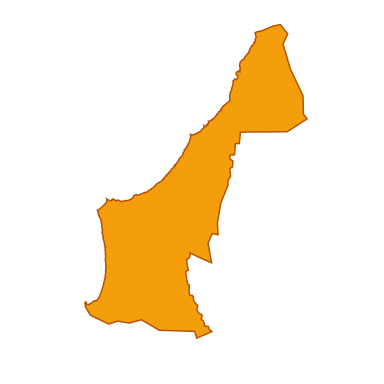 Carmelo, Colonia, Uruguay (orthographic projection), rotated 77°
{"feature_id": "84410073B48030888344446", "entity_name": "Carmelo", "entity_type": "district", "adm_level": 2, "iso_a3": "URY", "parent_name": "Uruguay", "parent_adm1": "Colonia", "projection": "orthographic", "projection_center": [-58.246, -34.041], "detail": "fine", "context": "isolated", "style": "filled", "palette": "amber", "viewbox_px": 384, "rotation_deg": 77, "n_neighbors": 0, "source": "geoboundaries", "source_scale": "gbopen_adm2", "svg_char_len": 5950}
<svg xmlns="http://www.w3.org/2000/svg" viewBox="0 0 384 384"><g transform="rotate(77 192 192)"><path d="M48.7,68.3L48.7,69.7L48.6,75.9L49.8,82.5L50.1,85.1L50.7,87.2L50.5,92.7L51.0,94.7L55.8,94.7L56.4,95.3L57.4,96.0L59.2,96.4L59.5,96.8L59.9,97.0L60.4,97.5L60.2,97.8L60.3,98.0L60.8,98.4L61.7,98.7L62.3,99.2L62.5,99.9L63.0,100.5L63.0,101.1L64.6,102.2L65.0,102.8L65.8,103.2L66.6,103.9L66.8,103.8L67.2,104.1L67.5,104.2L67.6,104.6L67.9,104.6L68.0,104.9L69.2,105.6L69.3,106.2L69.8,106.5L70.1,107.4L71.4,108.7L71.5,109.0L71.7,109.4L73.6,111.1L73.7,111.5L74.4,112.2L74.6,113.0L74.5,113.4L76.2,115.6L76.6,116.0L78.8,117.0L79.9,117.2L80.4,117.3L80.9,117.1L81.8,117.4L82.6,117.2L83.0,117.3L83.2,117.8L83.3,117.9L84.3,117.7L85.2,118.3L85.9,118.4L85.8,118.7L85.3,118.9L84.6,119.5L84.7,119.8L85.1,120.3L85.0,120.6L85.3,121.0L85.3,121.7L85.8,121.8L86.0,122.2L86.5,122.2L87.5,122.5L88.3,122.0L88.5,121.3L88.7,121.2L90.3,121.4L91.0,121.7L91.5,122.4L91.8,123.2L92.4,123.7L92.4,124.0L92.2,124.1L92.0,124.7L91.6,124.8L91.5,125.1L92.1,125.5L92.8,126.8L93.2,127.1L93.6,127.2L95.0,127.3L98.9,129.2L99.6,129.9L100.3,129.9L100.5,130.3L102.5,131.1L103.5,132.4L104.1,132.4L104.8,132.8L105.7,132.9L106.2,133.4L107.0,133.7L109.0,133.9L111.7,134.6L112.0,135.7L112.5,136.4L114.2,140.0L115.0,141.4L115.2,142.2L116.0,143.2L116.3,143.1L117.2,144.1L117.4,144.8L117.9,144.8L118.0,145.4L118.5,145.4L118.5,145.7L118.8,145.8L119.0,145.6L119.0,145.9L119.3,146.1L119.9,147.6L119.8,147.9L120.3,148.4L120.8,148.5L121.2,149.2L121.5,149.3L121.5,149.7L121.8,150.5L122.1,150.5L124.1,152.5L124.2,153.2L124.5,153.4L124.9,153.4L125.0,153.7L125.3,153.9L125.3,155.0L125.6,155.2L125.6,155.6L126.0,155.9L126.4,156.1L126.2,156.6L126.4,156.8L126.2,157.0L126.3,157.5L126.5,157.6L126.5,158.0L126.7,158.6L127.1,159.0L127.3,159.4L127.7,159.7L127.2,160.0L128.0,160.1L128.3,160.7L129.0,160.9L129.5,161.6L129.8,161.6L130.0,161.4L130.3,161.9L130.0,162.3L129.7,162.4L129.8,163.0L130.0,163.3L130.6,163.0L131.1,163.5L131.5,164.3L131.0,165.0L130.3,165.5L130.9,165.5L132.0,166.0L132.7,166.8L132.6,167.1L132.8,167.4L133.1,167.6L133.6,168.5L134.1,169.0L134.3,169.5L135.3,170.8L135.4,171.0L135.2,171.4L135.4,171.5L135.4,172.1L135.7,172.6L135.5,172.9L135.8,174.4L136.1,174.7L136.0,174.9L136.4,176.0L136.5,177.1L136.7,177.4L136.5,178.3L136.1,178.8L136.1,179.4L135.6,180.5L136.3,180.3L136.4,180.6L136.8,180.8L138.0,180.9L138.7,181.3L139.8,181.6L141.8,183.0L143.1,183.6L144.2,184.9L144.5,184.9L145.0,185.2L145.3,186.0L146.0,186.2L146.3,186.6L147.7,187.4L148.0,188.5L149.0,189.1L149.2,190.1L150.0,190.0L150.6,190.3L151.4,191.5L151.8,191.5L151.8,191.9L153.4,192.3L155.3,194.7L156.2,196.1L156.2,196.4L156.6,196.6L156.7,196.8L157.1,197.0L157.1,197.3L158.3,197.8L158.7,198.5L159.4,199.1L161.6,202.2L162.0,202.3L161.9,202.7L162.0,203.2L162.4,203.3L162.8,203.0L162.8,203.4L163.2,203.4L163.8,204.4L164.2,204.7L164.3,205.3L165.1,206.9L165.9,207.1L166.1,208.1L167.1,208.5L167.3,209.7L167.9,209.7L167.9,210.1L168.4,210.2L168.9,211.9L169.8,212.5L169.8,212.9L170.2,212.9L170.0,213.7L171.1,214.1L171.5,215.6L172.2,216.6L172.8,216.4L172.8,216.8L173.2,216.8L173.4,218.2L174.2,218.2L174.9,220.8L175.3,221.6L175.4,222.5L175.8,223.0L176.0,223.7L176.0,224.3L177.6,226.4L177.8,226.5L177.6,226.7L177.8,227.1L178.5,228.0L179.8,231.1L180.2,231.1L180.8,233.9L181.8,235.5L182.2,237.7L181.7,238.1L182.4,241.5L182.4,242.4L182.8,243.2L183.0,244.8L182.8,246.4L182.3,246.5L182.1,246.8L182.0,247.5L182.2,248.0L182.2,249.1L183.9,250.5L184.4,251.3L185.2,252.7L185.8,255.7L185.7,257.9L185.2,259.1L185.2,259.9L185.5,260.9L185.5,261.8L185.3,262.7L185.3,263.5L185.0,263.6L184.8,264.0L184.0,264.8L183.4,265.7L183.2,265.8L183.5,268.1L183.1,268.1L183.1,268.5L182.7,268.6L182.2,269.5L181.4,270.2L181.4,270.5L181.0,270.6L181.4,271.2L181.4,271.5L181.6,271.4L182.2,272.5L182.3,273.1L182.2,273.4L182.2,273.7L180.9,275.2L180.8,275.6L180.5,275.8L179.6,276.7L180.2,276.6L181.3,277.0L181.9,277.2L182.8,277.5L183.0,278.0L183.5,278.4L184.2,279.5L187.4,285.0L187.9,285.7L188.0,286.7L188.5,288.4L189.5,288.0L190.1,288.1L190.3,288.0L191.7,288.0L192.6,288.3L193.3,287.9L193.7,287.8L193.9,288.0L195.1,287.7L195.5,288.0L196.3,287.3L199.8,287.0L200.4,287.0L200.8,287.4L202.5,287.1L203.8,287.2L206.1,287.8L206.9,287.9L207.5,287.4L207.8,287.4L207.9,287.6L208.3,287.7L209.1,287.8L209.3,288.1L210.8,288.5L211.0,288.7L211.3,288.5L213.6,288.7L214.5,288.5L215.1,288.8L216.2,288.9L216.6,288.8L217.2,289.0L221.7,288.8L222.8,288.8L223.2,289.1L225.1,289.1L226.2,288.4L226.5,289.2L227.9,289.2L229.1,289.9L230.7,289.7L232.3,290.2L233.4,290.3L233.5,290.5L235.3,290.5L235.7,290.8L236.2,290.9L237.0,291.4L240.0,291.9L241.4,291.8L245.0,292.7L248.3,293.2L248.9,293.8L252.6,294.6L253.3,295.2L254.2,295.5L255.6,295.4L255.9,295.6L256.5,296.5L257.0,296.5L257.6,296.9L258.3,297.0L259.3,297.5L260.8,298.6L262.2,298.9L264.4,300.3L265.1,300.5L265.3,300.8L267.0,301.7L267.6,302.3L268.9,302.9L271.1,304.4L272.5,305.2L275.7,308.4L276.2,309.1L276.2,309.6L276.7,310.3L276.0,311.2L276.1,311.8L278.0,316.4L278.3,317.2L278.2,317.9L278.5,318.2L278.4,318.9L277.7,319.7L276.8,320.1L275.9,319.7L275.6,320.2L275.3,320.2L275.2,320.5L276.1,320.4L276.6,321.0L276.5,321.5L277.0,321.5L277.6,321.2L279.3,321.4L279.7,321.8L289.2,318.7L301.9,303.0L301.1,293.4L305.6,282.5L305.1,270.0L319.4,254.9L328.4,220.8L335.4,220.2L332.5,204.1L329.7,206.1L326.5,206.4L325.6,209.9L320.8,209.6L318.2,211.6L314.2,209.7L311.3,212.8L307.7,213.8L303.8,211.9L301.0,213.9L298.2,214.8L294.0,214.3L292.8,215.0L292.3,217.5L287.5,217.2L284.5,216.1L282.1,215.5L280.6,216.9L271.1,216.5L268.1,215.9L267.4,213.2L260.9,213.0L256.7,212.4L255.3,209.2L253.0,208.1L250.8,207.7L256.4,200.9L265.4,188.9L245.6,187.9L237.1,181.8L239.5,176.2L228.1,174.3L209.3,166.5L193.4,155.3L188.7,154.4L185.5,150.9L177.6,149.9L176.7,146.9L170.9,145.1L168.0,147.9L164.4,146.5L165.3,142.3L154.7,138.9L155.4,135.0L144.6,131.3L145.8,125.5L154.7,85.7L146.6,63.4L141.3,65.9L123.3,62.2L94.2,68.5L68.4,70.0L59.4,63.2L48.7,68.3Z" fill="#f59e0b" stroke="#b45309" stroke-width="1.5"/></g></svg>